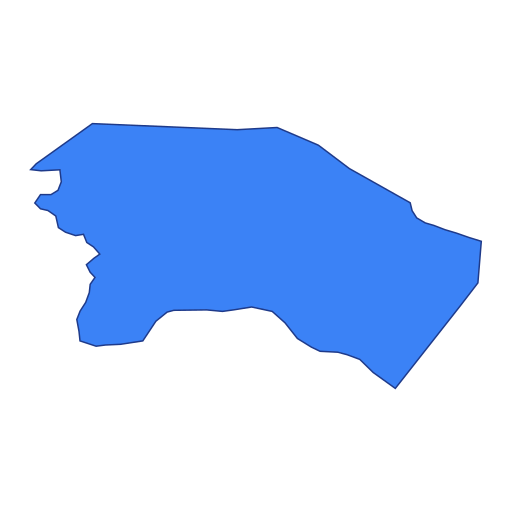 the district of Teixeira, Paraíba, Brazil
{"feature_id": "56859067B68813180874934", "entity_name": "Teixeira", "entity_type": "district", "adm_level": 2, "iso_a3": "BRA", "parent_name": "Brazil", "parent_adm1": "Paraíba", "projection": "mercator", "projection_center": [-37.263, -7.252], "detail": "fine", "context": "isolated", "style": "filled", "palette": "blue", "viewbox_px": 512, "rotation_deg": 0, "n_neighbors": 0, "source": "geoboundaries", "source_scale": "gbopen_adm2", "svg_char_len": 928}
<svg xmlns="http://www.w3.org/2000/svg" viewBox="0 0 512 512"><path d="M237.2,129.7L178.0,127.2L92.4,123.6L36.3,163.7L30.7,169.6L41.2,170.8L59.9,169.8L61.3,181.8L58.0,190.3L51.0,194.6L40.5,194.6L34.8,203.0L40.5,208.8L47.9,210.5L55.8,216.0L58.4,227.6L65.5,232.2L75.6,235.6L83.5,234.3L86.8,242.5L93.5,246.9L99.8,254.1L94.0,258.2L86.4,264.7L90.2,272.3L95.0,277.4L90.2,284.3L89.3,292.6L85.7,302.4L80.1,311.1L76.8,319.5L79.0,331.4L80.0,340.9L96.1,346.2L105.5,345.0L120.5,344.3L142.8,340.9L155.9,321.2L167.1,312.1L173.8,310.3L206.7,309.9L222.5,311.4L233.4,309.9L251.6,307.0L272.2,311.4L285.0,322.8L297.4,338.5L311.5,347.2L320.1,351.3L337.7,352.2L347.1,354.7L359.8,359.4L373.2,372.5L395.3,388.4L460.3,305.8L477.9,282.9L481.3,241.3L469.0,237.5L456.4,233.1L445.0,229.7L433.8,225.4L425.2,222.9L416.7,217.9L412.1,210.7L410.2,202.8L349.4,168.6L318.4,145.2L277.1,127.5L237.2,129.7Z" fill="#3b82f6" stroke="#1e3a8a" stroke-width="1.5"/></svg>